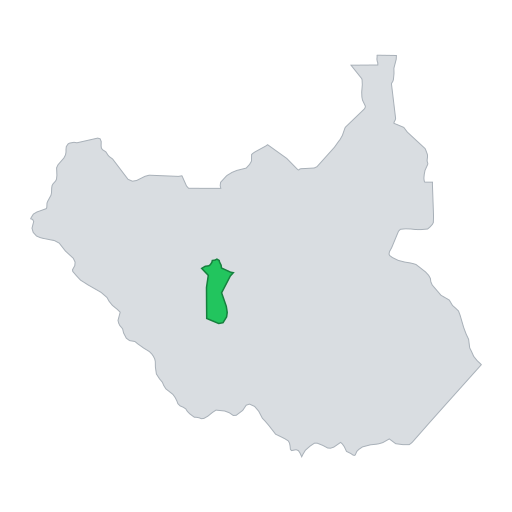 location of Tonj South, Warrap, South Sudan
{"feature_id": "79223893B28236653000633", "entity_name": "Tonj South", "entity_type": "district", "adm_level": 2, "iso_a3": "SSD", "parent_name": "South Sudan", "parent_adm1": "Warrap", "projection": "robinson", "projection_center": [28.756, 7.089], "detail": "fine", "context": "in_parent", "style": "filled", "palette": "green", "viewbox_px": 512, "rotation_deg": 0, "n_neighbors": 0, "source": "geoboundaries", "source_scale": "gbopen_adm2", "svg_char_len": 4057}
<svg xmlns="http://www.w3.org/2000/svg" viewBox="0 0 512 512"><path d="M429.0,423.2L412.5,442.0L411.3,443.1L409.3,444.6L402.6,444.6L395.7,443.7L389.3,438.9L382.8,442.6L378.7,443.8L376.3,444.2L370.5,444.8L362.5,446.9L358.8,449.4L356.8,451.4L355.2,455.0L354.4,455.4L352.9,455.0L350.8,453.5L346.5,451.4L344.3,446.7L342.3,443.9L340.6,442.4L333.8,447.1L330.5,448.2L327.7,448.0L322.8,445.4L317.3,443.2L314.4,443.2L310.2,446.0L305.4,450.2L302.9,454.3L301.7,456.8L300.0,453.0L298.4,450.6L296.1,449.7L291.5,450.6L290.4,449.3L290.1,446.1L289.5,443.1L288.3,440.9L284.8,438.7L275.6,434.2L268.6,425.2L265.0,421.0L262.4,418.3L258.7,411.2L254.6,406.4L249.5,404.1L246.2,405.2L242.7,410.4L236.2,415.3L233.3,415.5L229.4,412.8L224.7,411.0L216.0,410.1L212.5,412.4L207.8,416.2L203.9,418.4L201.4,418.7L199.2,417.8L196.6,417.3L194.3,417.2L189.7,413.8L187.3,411.3L185.8,408.9L183.2,407.2L180.1,405.9L177.9,403.7L176.9,401.0L175.2,397.6L172.9,394.4L165.9,388.9L163.8,385.6L162.4,382.3L159.5,378.8L156.4,374.0L155.4,367.1L155.3,361.5L154.7,358.9L153.4,356.3L151.9,354.1L149.4,351.6L143.7,348.1L137.8,343.9L134.9,341.5L129.6,340.6L126.3,338.2L123.6,333.0L122.6,328.8L119.8,325.5L118.7,323.2L118.0,320.4L120.2,312.2L117.1,309.2L112.4,305.4L109.1,301.3L107.0,297.5L101.1,292.4L88.0,284.9L80.5,280.1L76.4,275.7L72.8,271.5L72.5,269.8L74.8,265.6L75.1,262.1L73.3,258.3L65.4,251.0L59.2,243.1L54.5,240.6L43.2,238.4L39.9,237.5L36.5,236.0L33.2,232.4L32.0,228.2L33.7,221.5L32.6,219.4L30.7,218.8L31.3,217.4L33.4,214.1L36.9,212.0L46.3,208.6L46.8,207.4L47.0,203.1L47.8,201.1L51.0,195.2L51.5,192.9L51.7,187.9L52.1,185.5L53.0,183.9L55.6,181.0L56.5,179.2L56.9,175.4L56.6,167.8L58.0,164.8L63.9,158.0L65.5,154.9L66.0,152.2L66.0,149.4L66.3,146.6L68.1,143.9L69.6,143.1L74.0,142.3L76.9,142.8L97.7,138.1L100.1,138.8L101.2,141.5L101.1,146.0L101.4,148.1L102.5,149.7L105.8,151.8L108.1,155.3L109.3,156.6L112.6,159.0L128.0,179.3L132.4,181.2L136.6,180.5L145.0,176.3L149.2,175.2L178.5,176.4L181.8,175.8L182.0,175.9L186.5,186.0L188.6,188.3L220.8,188.4L220.2,185.6L220.6,182.3L226.3,176.1L227.1,175.4L232.0,172.4L236.9,170.4L246.2,168.1L249.6,164.4L251.5,161.1L251.6,154.5L252.8,153.4L255.0,151.9L265.8,146.0L267.6,144.7L286.7,158.4L297.4,169.3L298.1,169.8L298.6,170.0L299.2,169.6L299.7,169.1L301.0,168.7L305.5,168.5L314.2,168.0L317.0,166.7L334.4,147.3L338.8,141.1L339.9,139.8L342.4,135.4L345.0,127.9L345.6,127.0L364.5,108.8L365.2,107.4L365.4,106.2L362.5,100.1L361.9,97.0L361.7,92.2L362.3,84.8L362.1,80.1L361.8,78.8L361.7,78.6L351.0,65.2L377.8,65.0L377.8,63.4L377.8,62.8L377.2,61.2L376.9,59.1L377.0,57.9L377.1,56.8L377.1,56.2L377.0,55.7L377.1,55.4L377.2,55.2L396.4,55.5L396.2,59.3L393.9,68.2L394.0,73.5L393.4,79.6L392.8,81.4L391.8,82.9L391.5,83.6L391.5,84.3L395.6,118.4L395.3,119.8L394.2,121.9L394.0,122.6L393.9,123.2L394.4,123.5L403.3,127.2L403.7,127.4L404.0,127.7L407.3,132.1L424.8,148.3L425.4,149.1L427.3,154.2L427.5,155.0L427.5,156.2L427.5,157.1L427.1,160.2L427.2,161.5L427.5,162.4L427.8,163.5L427.8,163.8L427.6,164.6L425.0,170.4L424.2,174.6L423.9,178.1L424.1,180.2L424.4,181.5L424.7,182.0L424.9,182.2L432.5,182.2L432.4,184.1L433.5,214.8L433.5,218.3L433.3,222.6L432.4,224.3L430.2,226.8L427.6,229.0L420.8,229.6L415.1,229.5L411.0,229.0L405.5,228.8L400.4,229.3L398.5,231.2L391.7,247.6L389.5,251.6L389.0,254.0L389.6,255.5L392.3,257.5L398.2,260.4L404.9,262.1L410.0,262.9L413.4,263.7L416.0,264.5L425.6,272.0L428.7,275.4L430.4,278.5L430.8,281.7L432.2,285.0L441.0,295.3L449.3,300.1L452.5,305.5L455.6,308.2L458.5,311.0L460.1,315.3L463.7,327.6L466.1,334.0L468.6,339.3L469.7,347.9L471.6,351.7L473.7,356.4L477.1,360.6L480.6,363.9L481.3,364.7L445.4,404.8L429.0,423.2Z" fill="#d9dde1" stroke="#a8b0b8" stroke-width="1"/><path d="M226.8,309.6L226.3,306.4L221.6,292.8L230.3,276.0L233.3,272.7L230.6,272.2L221.5,268.0L221.1,265.2L219.4,261.7L219.2,260.5L216.9,259.1L215.1,260.1L212.3,260.5L211.9,262.3L210.2,264.8L208.8,265.8L205.2,266.3L201.7,268.4L208.3,275.4L206.5,287.4L206.6,306.4L206.7,317.5L206.7,318.5L218.7,323.5L223.0,322.7L226.6,316.9L227.2,312.5L226.8,309.6Z" fill="#22c55e" stroke="#15803d" stroke-width="1.5"/></svg>